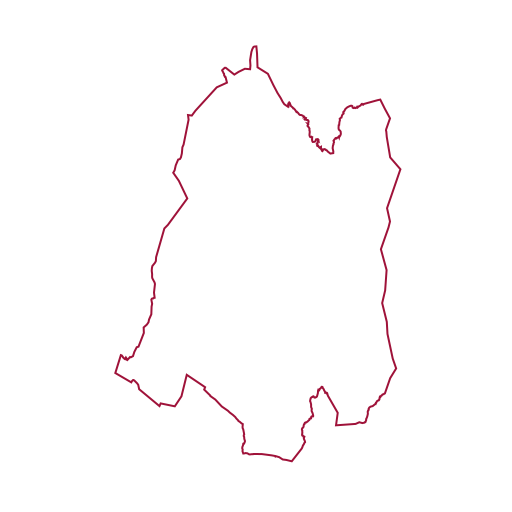 Vang nor, Oppland, Norway, rotated 83°
{"feature_id": "86288312B14831556842488", "entity_name": "Vang nor", "entity_type": "district", "adm_level": 2, "iso_a3": "NOR", "parent_name": "Norway", "parent_adm1": "Oppland", "projection": "robinson", "projection_center": [8.416, 61.192], "detail": "fine", "context": "isolated", "style": "outline", "palette": "rose", "viewbox_px": 512, "rotation_deg": 83, "n_neighbors": 0, "source": "geoboundaries", "source_scale": "gbopen_adm2", "svg_char_len": 6086}
<svg xmlns="http://www.w3.org/2000/svg" viewBox="0 0 512 512"><g transform="rotate(83 256 256)"><path d="M163.3,328.0L172.0,323.4L190.5,317.2L214.4,339.7L217.5,343.6L245.0,355.3L248.8,356.0L250.3,357.0L253.3,360.1L255.4,360.8L258.0,361.3L261.3,361.3L264.2,361.7L265.5,361.6L269.9,359.9L271.5,359.7L279.9,361.7L285.1,361.7L285.2,362.7L285.6,363.2L285.5,363.8L285.7,364.6L286.6,365.2L290.8,364.9L293.5,365.8L301.1,367.0L306.0,369.9L308.7,370.8L310.8,372.7L313.2,376.2L318.7,376.7L331.7,383.7L332.0,385.5L336.3,388.4L340.4,390.3L341.3,392.6L340.9,393.3L343.4,396.2L340.9,397.5L341.9,398.2L342.2,398.2L341.8,398.6L342.1,399.0L340.4,400.4L339.8,400.5L338.3,401.4L337.9,402.2L355.0,409.9L366.2,395.2L365.2,394.5L364.1,393.1L364.2,392.6L364.8,391.9L367.9,389.5L369.5,388.6L374.0,388.2L393.2,370.1L390.7,368.6L395.3,354.9L386.2,347.1L365.5,339.2L380.0,322.5L382.3,323.7L388.9,318.4L389.4,318.4L393.5,313.9L401.2,308.3L406.2,302.7L408.2,301.1L411.0,298.2L413.3,296.2L414.8,295.4L416.9,293.8L417.7,293.5L418.5,292.4L420.3,290.8L421.2,289.6L424.1,290.2L425.4,290.2L426.5,289.8L430.7,289.5L431.8,289.5L432.4,290.0L433.4,290.1L434.1,289.8L436.1,289.9L438.3,289.5L439.0,289.7L440.8,290.7L440.8,290.8L440.6,291.1L440.7,291.5L441.0,291.6L442.2,291.9L444.1,292.9L445.4,293.1L446.4,292.8L448.1,293.2L450.5,292.7L450.5,291.2L450.3,290.5L450.8,288.6L452.1,286.9L452.2,286.3L452.2,283.8L452.4,283.2L452.2,282.6L453.3,274.4L455.8,264.7L456.9,261.2L457.3,261.1L457.1,260.7L458.5,257.5L461.2,254.3L462.1,250.8L464.1,245.5L452.6,234.0L450.9,233.0L449.7,232.5L449.0,231.7L447.2,230.6L446.8,230.0L445.9,230.0L443.1,230.8L441.2,230.0L440.9,230.5L441.0,231.0L439.9,231.4L439.7,232.0L438.5,232.0L437.2,231.5L436.4,231.6L435.1,231.3L434.2,231.6L433.3,231.5L432.3,230.8L432.2,230.4L431.3,229.6L430.2,229.4L428.9,228.9L428.7,228.3L427.6,227.9L427.2,227.2L427.4,226.8L427.4,226.5L426.7,225.3L426.6,225.0L425.7,223.9L425.3,223.1L424.3,222.8L424.3,222.4L423.8,221.9L423.9,221.2L423.6,221.0L422.6,220.9L422.1,220.5L421.9,220.0L422.2,219.0L422.0,218.8L421.1,218.7L418.8,219.0L416.6,219.7L415.3,219.5L414.6,219.2L412.6,219.7L409.9,219.4L407.5,219.7L406.7,220.0L405.8,219.8L403.9,219.1L403.3,218.5L402.9,217.9L402.9,217.4L402.2,216.3L402.4,215.9L403.6,215.3L403.8,214.7L403.7,214.2L403.4,213.8L403.4,213.3L402.8,212.6L399.7,211.3L397.1,210.8L396.3,210.4L396.9,209.6L395.6,208.9L395.5,208.5L394.9,207.6L394.0,207.0L393.8,206.6L394.1,206.0L395.4,205.7L396.5,205.0L397.9,204.7L398.9,204.1L400.2,204.0L400.1,203.2L400.5,203.0L400.4,202.9L400.4,202.4L400.7,202.1L403.4,201.7L421.6,194.0L433.8,197.2L434.8,177.6L433.6,173.7L434.8,170.8L434.6,168.5L434.1,168.1L434.1,167.6L432.2,166.6L431.3,166.6L431.0,166.3L429.0,165.2L426.3,164.2L424.2,164.1L423.3,163.7L423.1,163.3L422.1,162.8L421.7,163.0L420.3,162.1L419.5,160.7L419.2,158.5L417.3,155.4L417.1,155.3L417.2,155.2L416.4,154.8L416.4,154.6L416.1,154.4L415.0,153.8L414.7,153.4L414.5,152.6L414.0,152.0L414.1,151.6L413.4,151.0L412.3,150.8L410.8,150.2L411.1,149.7L410.0,148.9L409.9,148.3L409.0,147.5L408.8,147.1L408.8,146.2L408.3,145.6L408.1,144.8L393.6,137.7L384.7,130.6L374.4,132.8L349.4,135.0L337.3,134.2L318.1,136.5L305.9,132.0L285.9,128.1L264.5,131.2L243.8,121.0L238.1,118.8L224.5,120.1L187.5,102.1L174.5,110.8L153.8,111.7L148.3,111.5L147.4,111.7L146.2,111.4L135.7,106.2L125.5,110.2L115.9,113.6L116.2,116.6L118.3,130.7L118.9,131.1L118.8,131.6L117.9,132.3L118.0,132.6L119.4,134.0L120.1,135.8L120.5,136.3L120.5,136.7L120.1,136.9L120.1,137.3L121.2,137.5L121.0,138.3L121.3,139.2L120.7,139.9L121.1,140.6L121.0,141.4L120.5,142.0L119.0,142.1L118.5,142.7L118.4,143.5L118.7,144.9L119.5,147.2L121.0,149.4L122.8,150.6L123.6,151.7L124.0,151.9L124.6,151.6L125.3,151.7L126.1,152.9L127.2,153.6L129.0,154.3L129.1,154.9L130.0,156.2L131.3,156.1L133.3,156.9L136.1,157.5L136.3,158.0L139.2,158.5L140.5,158.4L141.3,157.9L141.8,157.3L142.9,156.8L145.2,156.9L146.6,157.6L147.6,158.4L147.5,158.9L148.2,159.1L147.5,159.3L148.4,160.4L148.4,160.7L148.2,160.6L149.2,161.8L149.1,162.1L148.7,162.0L148.8,162.5L148.7,162.7L149.3,163.1L149.6,163.7L150.6,164.6L151.1,164.7L151.2,165.0L152.6,164.7L154.3,165.6L154.7,165.5L155.9,166.2L158.3,166.8L161.6,166.5L163.3,166.8L163.4,169.7L160.9,172.2L160.0,172.6L159.6,173.3L159.1,173.7L159.1,174.0L158.6,174.3L158.6,174.6L158.2,175.2L158.3,175.7L159.0,176.6L160.0,177.3L159.8,177.6L159.0,177.9L157.9,177.7L157.8,177.9L158.2,178.2L157.6,178.5L155.6,178.2L155.9,178.9L156.6,179.4L155.7,180.2L154.0,180.9L153.9,181.3L154.2,181.7L154.0,181.9L153.1,181.5L152.5,181.5L152.1,181.9L151.8,181.5L151.5,181.5L151.4,181.1L150.2,180.7L150.1,179.9L148.2,179.9L147.5,179.5L148.2,180.1L147.5,180.4L147.5,180.6L148.8,180.3L147.7,181.3L147.6,182.2L149.2,183.0L149.6,183.5L149.8,184.3L149.7,185.8L149.0,186.1L147.4,186.3L146.8,186.0L145.5,186.0L144.9,185.7L144.4,186.4L144.8,186.9L144.7,187.4L144.4,187.8L143.1,188.2L141.8,188.1L139.7,187.6L138.4,187.5L137.8,187.7L136.0,187.4L134.2,188.2L133.8,188.7L133.3,189.0L132.9,189.0L131.8,188.1L131.1,188.5L131.2,188.3L131.1,188.1L128.8,187.4L128.2,187.5L127.8,188.0L127.3,188.1L127.2,189.1L126.7,189.6L126.7,190.7L126.5,191.0L126.3,191.1L125.9,189.9L125.2,189.6L124.9,190.5L124.1,190.9L124.1,191.3L124.0,191.2L123.3,191.4L123.2,191.7L122.9,192.2L122.4,192.5L121.6,193.9L121.4,195.1L120.7,195.9L119.1,196.8L118.0,197.7L118.2,197.9L118.2,198.2L115.5,199.5L114.1,200.6L114.0,201.1L113.3,201.3L111.3,203.1L108.1,203.9L107.6,204.3L108.1,204.7L109.1,204.4L108.2,204.8L108.5,205.3L109.5,205.3L109.6,205.6L110.3,205.6L110.6,205.4L111.3,205.5L111.1,205.9L111.7,206.1L108.8,209.4L106.3,210.7L102.3,212.2L96.8,214.8L88.6,217.9L76.6,222.0L68.9,231.5L55.2,230.3L48.0,230.1L47.9,232.0L48.1,232.8L48.4,233.2L50.3,234.5L52.9,235.7L60.9,238.0L66.2,238.3L69.9,239.1L68.8,244.2L71.1,250.8L73.3,255.4L65.5,263.1L65.4,264.1L67.4,266.9L67.7,267.0L69.6,266.2L70.8,265.9L71.2,265.5L73.0,265.6L73.6,265.1L74.4,265.0L74.5,264.5L74.7,264.4L80.4,263.7L83.8,274.4L104.4,298.4L108.8,302.6L107.8,306.3L112.5,306.3L136.6,314.3L139.1,315.8L145.2,317.1L149.0,318.5L150.5,319.7L150.8,321.5L156.2,324.6L161.0,326.3L163.3,328.0Z" fill="none" stroke="#9f1239" stroke-width="2"/></g></svg>